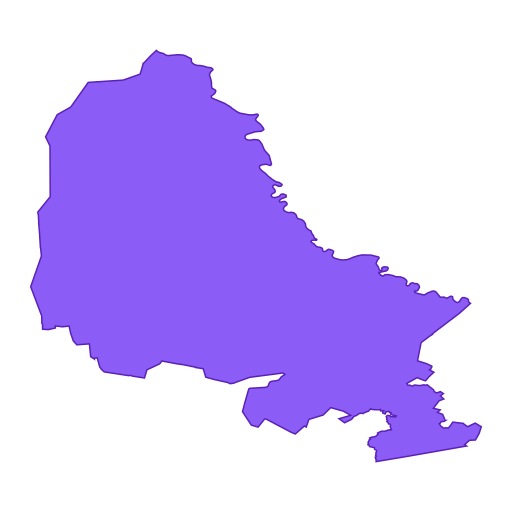 outline of Zvārtavas pag., Valkas, Latvia
{"feature_id": "27541924B49399924673855", "entity_name": "Zvārtavas pag.", "entity_type": "district", "adm_level": 2, "iso_a3": "LVA", "parent_name": "Latvia", "parent_adm1": "Valkas", "projection": "robinson", "projection_center": [26.269, 57.593], "detail": "fine", "context": "isolated", "style": "filled", "palette": "violet", "viewbox_px": 512, "rotation_deg": 0, "n_neighbors": 0, "source": "geoboundaries", "source_scale": "gbopen_adm2", "svg_char_len": 6031}
<svg xmlns="http://www.w3.org/2000/svg" viewBox="0 0 512 512"><path d="M376.1,461.6L408.9,456.1L466.6,446.0L464.6,444.7L469.5,440.3L475.5,440.0L475.8,439.4L479.1,433.5L481.3,426.7L475.2,423.1L467.5,426.7L463.6,423.8L463.4,423.4L452.8,422.1L450.2,425.9L448.3,428.0L445.9,427.8L443.6,428.1L440.7,426.0L439.2,423.6L440.2,423.2L441.2,421.7L444.1,421.4L445.5,420.5L445.2,420.5L442.7,414.4L437.5,412.4L440.2,409.9L433.4,408.3L439.1,400.8L443.8,399.0L440.4,395.9L443.4,393.6L440.4,391.6L436.8,392.9L434.3,391.7L433.5,389.8L427.2,384.8L425.3,385.3L424.1,384.8L419.9,385.6L414.3,385.0L413.2,385.9L411.6,386.0L409.8,385.1L408.0,385.4L406.9,383.4L417.2,377.6L420.8,379.2L425.3,380.8L425.8,380.6L428.6,377.1L433.9,372.2L429.4,369.9L430.8,369.0L431.9,366.7L431.8,366.1L426.4,363.6L417.5,360.8L421.1,342.6L429.2,336.5L432.7,334.2L432.5,333.7L459.5,313.2L470.2,303.6L470.5,303.3L469.1,302.4L468.5,301.3L468.4,299.6L468.1,299.2L466.9,298.5L464.3,297.6L462.6,297.6L461.3,298.6L459.2,301.7L458.3,302.2L456.9,302.5L455.4,301.7L453.3,299.8L452.8,298.6L452.6,296.8L451.7,296.3L450.6,296.3L446.7,298.3L444.1,297.1L440.3,297.2L436.0,292.0L435.0,291.3L433.3,291.0L431.3,291.4L430.5,292.0L428.3,292.6L424.2,295.0L417.8,293.5L415.2,292.6L414.4,291.7L414.8,290.9L416.9,291.0L417.9,290.2L419.5,287.3L419.2,285.8L418.8,285.2L417.3,283.7L414.5,283.6L413.2,282.9L411.3,283.0L410.4,283.5L408.8,285.6L407.3,285.9L406.5,285.5L406.1,284.6L406.9,281.7L406.6,280.4L404.6,278.6L403.3,277.9L400.4,276.9L396.0,276.7L392.4,275.4L388.3,274.6L385.3,274.6L384.4,275.0L383.5,276.0L380.7,275.3L380.4,274.5L378.8,273.1L378.9,272.5L386.0,271.0L387.5,270.0L388.2,268.2L387.9,267.5L386.9,267.0L383.9,266.8L381.9,267.8L381.8,268.5L382.1,269.9L381.7,270.3L380.9,270.6L379.6,270.1L377.9,266.2L376.3,264.1L376.1,263.2L377.5,260.1L379.0,258.3L379.0,257.5L378.6,257.0L371.2,255.1L362.2,254.9L358.1,255.7L353.0,257.3L349.2,259.0L346.5,259.7L342.8,260.0L339.6,259.6L334.8,258.3L333.2,257.4L332.5,256.6L332.1,255.3L333.3,252.9L333.6,251.7L333.2,250.9L332.7,250.5L329.6,249.4L328.7,249.3L327.4,249.8L326.3,250.9L325.4,251.3L324.1,251.5L323.1,251.2L322.6,250.3L322.5,248.7L321.7,247.9L319.9,247.2L318.5,247.2L316.4,246.4L315.0,245.2L314.5,244.2L311.9,242.7L311.0,241.3L311.8,240.4L313.7,240.1L316.2,240.3L316.6,240.1L316.8,239.5L316.3,239.0L314.8,238.4L314.1,237.7L313.5,235.6L312.0,233.8L310.9,230.9L308.8,229.9L306.5,227.9L305.8,226.5L305.4,223.7L303.7,221.1L301.6,219.6L297.9,218.6L297.1,217.7L296.0,214.7L294.0,212.9L291.6,212.3L288.4,212.6L286.0,211.8L283.9,210.4L283.5,209.1L283.7,207.8L284.6,206.5L286.8,204.9L287.1,203.9L287.0,203.3L285.8,201.9L284.9,201.5L283.8,201.4L280.7,202.2L279.8,201.9L279.4,201.1L279.9,200.0L281.4,198.8L286.1,197.0L286.3,196.1L286.0,195.1L283.5,194.0L282.1,194.0L280.8,194.5L279.1,196.5L275.0,197.6L272.8,197.4L271.5,196.4L271.3,195.6L271.6,194.5L272.5,193.6L274.8,192.5L275.3,191.3L274.7,189.4L272.9,187.5L272.7,186.8L272.9,185.8L274.2,184.9L275.6,184.8L278.2,186.2L279.4,186.4L281.3,186.0L282.1,184.8L281.9,184.3L279.1,182.4L276.1,181.8L272.0,179.2L268.2,176.2L265.1,173.1L261.9,170.8L259.8,168.5L259.4,167.1L259.6,166.0L261.8,164.8L266.3,164.2L270.2,165.5L271.1,164.9L271.5,164.0L269.2,155.5L264.5,150.2L261.8,143.9L259.3,140.6L258.0,139.9L254.1,139.5L250.9,140.1L248.0,140.0L246.2,139.3L245.2,138.3L245.0,137.1L245.2,135.9L245.8,135.1L247.4,134.2L255.1,131.8L261.0,131.3L262.4,130.7L263.8,129.6L263.4,128.1L260.4,124.2L257.0,121.6L255.7,120.2L255.7,118.9L258.2,115.6L258.0,114.4L256.6,114.1L252.9,114.9L248.7,114.8L239.7,113.1L236.8,111.6L232.1,108.4L230.7,107.1L224.7,103.4L212.0,98.1L211.6,97.7L211.2,96.2L214.8,93.4L215.8,91.1L215.7,90.6L215.1,89.9L211.9,88.1L211.4,84.9L211.6,83.7L211.1,80.4L210.0,76.6L209.4,75.2L210.0,73.1L211.0,71.6L212.6,70.2L212.9,69.2L211.9,68.2L210.9,67.7L207.7,67.4L204.2,66.3L200.6,65.6L196.6,65.3L194.5,64.6L192.6,63.3L191.5,61.9L191.3,58.8L185.8,56.0L183.3,55.1L178.1,54.7L167.9,55.6L165.4,54.9L163.7,53.6L159.4,52.5L157.3,51.3L156.4,50.4L150.3,56.1L143.9,63.0L143.3,63.1L141.4,70.1L140.0,74.2L123.1,80.1L88.2,82.4L70.8,107.0L57.2,114.7L45.6,136.8L50.0,146.1L50.2,196.7L37.8,212.1L38.5,216.1L38.4,217.5L38.8,221.7L38.6,222.1L39.5,232.7L40.4,247.6L40.6,247.6L41.4,256.1L30.7,286.7L41.7,315.9L41.9,323.4L42.5,324.1L42.6,329.2L48.3,329.6L55.4,328.0L55.4,325.9L62.3,326.8L69.1,326.1L70.6,333.1L73.3,340.9L76.8,344.8L89.4,343.9L90.7,356.7L94.3,359.0L94.1,358.2L97.2,357.8L99.7,366.9L101.4,369.3L104.2,371.9L129.1,375.7L129.7,375.4L130.9,375.5L132.4,376.1L144.5,378.0L146.9,369.8L159.6,363.9L161.9,361.0L176.8,363.8L183.9,364.8L196.4,367.4L196.2,367.6L203.2,368.7L205.8,377.2L214.2,379.5L227.7,382.5L230.1,383.7L233.7,383.2L236.1,382.2L249.8,377.3L282.9,373.0L284.9,374.4L281.1,377.0L279.8,378.9L278.5,380.1L275.7,380.8L272.0,381.2L270.3,381.8L269.4,382.7L267.9,386.3L266.6,387.1L264.7,387.4L249.9,388.3L248.8,388.9L244.8,402.8L242.5,411.7L251.3,425.1L257.6,427.0L258.1,427.1L264.6,419.0L266.2,419.1L290.8,432.1L295.3,434.0L304.4,426.0L306.2,427.1L308.9,419.4L323.2,415.0L330.7,407.6L343.4,411.2L350.7,415.3L339.0,418.7L344.6,422.8L350.9,419.7L351.9,419.0L353.9,416.4L356.4,415.5L359.1,413.6L361.2,413.2L363.0,413.6L363.9,412.9L368.7,411.0L370.6,408.8L371.2,409.3L374.6,409.7L379.4,409.8L380.4,409.4L380.8,411.0L383.4,410.7L382.8,411.5L382.7,413.0L385.1,414.0L385.7,413.0L385.5,411.9L389.0,411.4L389.5,412.6L391.1,412.7L390.8,414.2L392.5,415.0L396.3,416.0L395.5,416.9L390.4,416.6L390.2,415.8L388.6,415.4L387.1,415.5L386.2,416.7L386.8,417.6L386.6,419.3L387.5,420.5L386.8,421.6L388.0,422.4L388.5,423.9L389.6,423.9L390.6,425.1L390.2,426.3L391.4,429.8L388.9,429.9L384.8,431.2L381.6,431.2L378.5,432.5L377.6,433.1L378.3,433.8L376.2,436.0L374.9,436.7L371.8,437.1L369.7,438.0L370.6,438.9L369.3,439.6L368.8,441.1L368.2,442.0L368.1,442.7L368.4,443.5L367.9,444.7L369.0,445.2L369.3,446.0L369.9,446.7L374.4,447.6L374.5,447.8L374.4,448.7L374.7,449.3L376.5,450.4L376.6,451.2L375.8,453.0L376.1,454.1L375.6,455.3L376.3,456.3L375.2,457.3L375.7,458.1L375.8,459.2L376.2,459.6L376.1,461.6Z" fill="#8b5cf6" stroke="#5b21b6" stroke-width="1.5"/></svg>